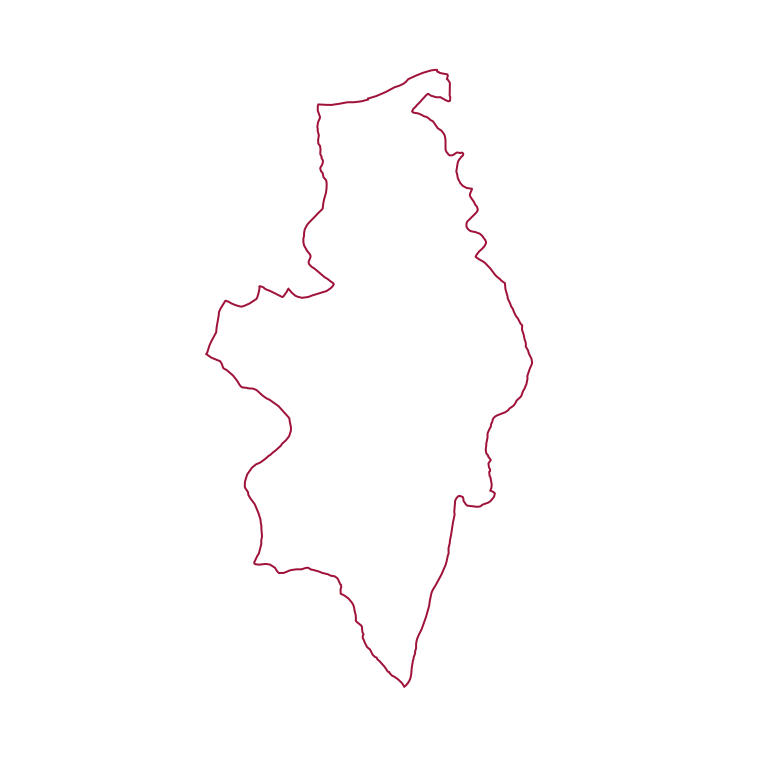 Kerkebet, Anseba, Eritrea (Robinson projection), rotated 243°
{"feature_id": "51966322B98400180511849", "entity_name": "Kerkebet", "entity_type": "district", "adm_level": 2, "iso_a3": "ERI", "parent_name": "Eritrea", "parent_adm1": "Anseba", "projection": "robinson", "projection_center": [37.597, 16.113], "detail": "fine", "context": "isolated", "style": "outline", "palette": "rose", "viewbox_px": 768, "rotation_deg": 243, "n_neighbors": 0, "source": "geoboundaries", "source_scale": "gbopen_adm2", "svg_char_len": 6166}
<svg xmlns="http://www.w3.org/2000/svg" viewBox="0 0 768 768"><g transform="rotate(243 384 384)"><path d="M491.4,239.2L485.9,242.1L478.6,248.4L475.4,248.6L471.5,248.0L470.1,248.5L468.0,250.1L460.2,253.3L453.5,254.6L448.8,254.9L446.8,255.4L445.4,256.1L445.0,256.7L442.9,259.9L441.5,261.5L439.8,264.5L438.7,265.9L436.2,267.8L429.0,270.5L424.7,272.7L421.5,275.1L412.1,280.0L397.4,283.9L396.1,284.0L393.1,282.9L387.8,281.5L384.5,279.7L380.5,275.7L378.3,270.9L377.1,266.2L375.8,263.8L374.0,257.4L373.5,254.3L372.5,250.8L372.2,247.7L371.7,246.3L371.0,243.2L370.2,238.1L370.5,233.5L369.4,228.4L365.5,221.0L361.0,216.6L359.2,215.2L356.0,213.5L354.9,213.1L349.3,213.7L346.7,212.8L343.0,213.0L336.0,214.2L333.2,214.1L325.7,213.5L319.3,212.4L316.3,211.2L313.3,210.4L311.1,209.2L303.7,206.2L300.0,203.4L297.2,202.1L289.7,195.5L288.5,193.3L284.1,187.5L282.9,187.0L282.0,187.4L279.8,190.5L277.4,196.9L274.9,200.4L269.9,203.4L266.0,203.7L263.5,204.4L263.1,204.9L262.1,207.2L261.4,208.1L260.9,211.3L260.8,214.7L260.2,217.3L258.7,221.7L256.6,225.8L256.2,227.0L255.7,230.6L255.0,232.6L254.3,233.3L251.8,234.7L251.6,235.2L248.7,238.5L245.7,241.6L243.7,243.2L239.9,247.7L237.5,249.4L235.1,252.7L232.5,254.1L230.7,254.4L225.3,254.1L224.6,254.5L222.5,253.8L221.0,252.2L216.8,250.2L213.5,252.7L209.2,254.9L203.7,256.2L200.9,256.3L198.0,255.8L195.6,254.9L191.0,253.9L187.6,252.4L186.2,251.5L184.6,251.6L179.5,253.9L178.1,254.2L172.6,252.1L170.3,252.1L169.0,250.5L167.1,249.7L165.5,249.8L162.7,249.5L157.2,249.5L153.9,251.0L147.8,251.0L144.8,252.1L143.6,253.2L141.8,253.1L138.7,254.3L131.9,256.1L126.2,256.8L125.4,257.2L124.9,257.9L123.7,257.8L120.4,258.8L118.5,260.3L114.8,262.3L109.3,264.3L105.1,264.6L105.5,266.8L106.8,269.7L108.1,271.9L110.2,274.3L113.4,276.7L118.7,280.0L124.3,284.1L125.8,285.6L127.0,286.3L129.0,288.6L130.6,289.9L131.5,290.2L134.0,292.6L138.5,295.0L141.6,297.5L144.5,300.9L148.6,306.4L157.3,315.6L165.7,323.4L169.9,326.3L175.9,331.1L177.5,332.8L178.9,334.7L181.3,338.7L188.1,348.6L194.7,356.6L197.1,358.9L202.3,363.1L203.6,364.6L208.5,367.0L212.8,370.7L214.3,371.4L218.6,374.9L229.2,382.5L235.5,387.6L238.3,388.6L247.8,394.5L249.3,396.6L250.2,398.9L250.2,400.1L249.2,401.4L247.6,402.8L245.9,402.7L243.8,401.8L239.5,402.3L237.8,403.0L232.2,411.4L231.3,413.9L231.3,415.0L231.7,416.6L231.6,418.7L231.0,422.3L231.1,424.9L231.7,426.8L233.6,430.9L236.2,433.1L236.5,433.1L238.5,432.2L240.7,430.3L242.7,432.5L245.4,434.3L252.4,436.4L254.3,436.4L257.9,437.8L258.3,439.0L259.1,439.5L259.7,439.7L262.1,439.7L265.8,441.0L267.7,444.5L268.8,444.6L271.9,443.9L273.1,444.3L275.4,443.7L277.3,444.1L280.0,445.2L282.7,447.2L284.1,447.8L289.4,452.0L292.7,453.7L293.4,454.3L296.8,458.6L297.3,459.6L299.8,461.4L301.2,463.4L302.9,464.7L304.0,466.3L304.5,468.0L304.7,470.3L303.8,479.0L304.2,482.5L305.2,484.8L305.8,489.0L306.3,490.6L307.6,492.8L308.9,494.4L309.8,497.2L310.1,498.7L311.0,500.9L314.6,504.7L315.8,506.7L319.3,510.9L323.5,514.2L326.0,515.3L331.5,520.9L334.3,524.4L335.6,525.6L338.9,526.7L340.4,526.9L345.4,526.9L348.8,527.6L353.1,527.3L354.8,528.4L357.1,529.2L359.8,529.5L364.0,530.7L369.9,531.7L373.4,533.7L374.3,533.6L375.4,533.1L382.1,533.0L384.6,532.4L389.6,532.5L392.2,532.9L395.5,532.5L397.9,532.9L404.2,533.1L406.1,533.9L413.1,535.2L419.0,537.5L423.2,535.3L424.2,535.2L428.7,533.2L431.1,532.5L438.6,531.2L446.0,529.0L448.0,528.0L452.1,525.2L455.7,523.4L456.8,524.6L458.9,528.9L460.0,533.1L461.3,536.3L463.1,538.7L464.2,539.4L466.4,539.6L469.3,539.0L471.1,538.9L474.4,537.6L477.9,534.4L480.1,531.5L481.5,530.2L483.7,529.2L485.3,528.9L486.9,529.0L489.5,530.3L490.9,531.8L494.7,543.7L495.4,545.2L496.5,546.6L499.4,547.3L502.4,546.7L505.5,546.8L511.2,546.0L513.1,546.1L514.5,547.1L517.3,550.5L518.1,550.9L521.1,546.7L524.5,544.3L528.1,543.2L533.9,543.2L537.7,544.4L540.5,544.9L547.1,549.7L548.4,550.8L549.5,552.3L551.3,556.0L551.8,558.0L552.7,558.9L553.5,559.2L554.7,558.6L555.4,556.4L556.5,555.2L557.2,553.8L556.7,549.8L556.8,548.6L557.7,546.6L558.8,545.8L562.5,545.0L564.8,545.2L573.5,549.6L577.2,550.8L580.0,550.9L583.6,550.2L587.5,548.0L595.8,546.9L596.8,546.3L597.8,545.3L599.1,545.0L602.6,543.3L603.7,541.9L605.0,540.7L606.4,540.0L609.5,537.4L612.4,533.5L613.2,533.0L614.1,532.8L614.6,533.3L616.0,535.4L616.6,537.9L617.6,540.0L618.3,542.4L621.9,551.9L622.6,554.6L622.1,555.4L619.6,556.7L617.1,559.4L616.4,559.9L615.2,561.8L613.9,564.5L611.6,565.9L611.1,566.5L609.3,567.4L606.8,569.6L606.3,571.0L607.0,571.8L609.4,573.2L611.1,573.4L621.8,579.1L622.8,579.4L625.8,579.1L627.1,578.5L629.8,580.9L631.1,581.0L635.9,574.8L637.1,574.4L638.0,573.3L639.0,573.4L639.8,573.8L640.7,572.1L642.0,568.4L643.6,559.9L644.3,551.9L644.6,544.0L643.4,541.0L642.7,538.1L642.8,533.2L643.6,528.0L643.4,518.0L643.6,514.4L644.1,507.5L645.6,499.3L644.7,498.9L646.0,492.7L647.8,487.5L649.2,484.0L650.8,481.1L651.8,478.8L654.1,471.0L656.5,463.9L659.0,459.2L662.9,452.4L661.9,451.3L657.7,449.1L650.9,448.2L649.6,447.2L648.9,446.1L646.7,443.7L643.1,441.2L641.3,440.8L639.7,439.8L635.2,438.9L631.4,436.1L628.0,434.6L625.2,435.1L622.2,434.1L618.2,431.8L617.0,431.5L614.8,431.6L613.7,430.9L610.9,431.0L610.1,430.7L608.9,429.9L607.4,428.3L605.8,425.7L604.7,424.9L602.2,424.5L599.9,425.1L595.7,424.0L592.0,424.9L590.3,424.6L587.0,423.1L583.3,420.9L580.5,418.9L575.9,414.6L572.9,412.2L568.2,409.0L567.8,408.4L566.6,404.4L561.4,389.2L560.2,387.0L557.6,383.4L554.3,381.0L552.4,380.1L550.2,378.2L547.0,376.6L544.2,375.8L543.1,375.7L537.0,376.0L533.7,376.8L531.7,376.8L530.5,376.2L527.6,372.8L526.3,371.9L524.6,371.7L521.3,372.7L518.3,374.5L506.3,379.5L503.2,381.4L498.9,383.4L497.6,384.2L496.2,384.6L495.5,384.4L494.3,382.3L493.5,379.7L492.9,375.1L495.5,360.1L495.9,356.1L498.0,350.1L501.0,346.6L502.9,345.1L506.9,343.4L512.2,342.1L512.0,341.4L510.4,339.4L507.6,333.9L507.7,332.8L518.2,325.1L521.8,321.9L523.0,321.1L524.7,320.5L526.2,319.3L527.5,317.8L527.2,317.0L526.5,316.9L524.6,315.7L521.3,312.9L519.1,310.8L517.7,308.9L516.8,300.9L517.0,295.6L517.5,292.4L518.5,290.9L521.8,287.4L525.1,284.6L527.5,283.1L529.4,281.4L530.0,280.9L530.1,280.3L525.4,272.6L523.0,269.6L520.5,268.1L510.3,260.5L506.2,257.9L500.3,249.3L497.5,245.9L492.3,240.8L491.4,239.2Z" fill="none" stroke="#9f1239" stroke-width="2"/></g></svg>